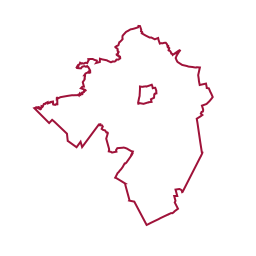 Alojas pag., Alojas, Latvia (orthographic projection), rotated 260°
{"feature_id": "27541924B87659249854231", "entity_name": "Alojas pag.", "entity_type": "district", "adm_level": 2, "iso_a3": "LVA", "parent_name": "Latvia", "parent_adm1": "Alojas", "projection": "orthographic", "projection_center": [24.883, 57.791], "detail": "fine", "context": "isolated", "style": "outline", "palette": "rose", "viewbox_px": 256, "rotation_deg": 260, "n_neighbors": 0, "source": "geoboundaries", "source_scale": "gbopen_adm2", "svg_char_len": 5684}
<svg xmlns="http://www.w3.org/2000/svg" viewBox="0 0 256 256"><g transform="rotate(260 128 128)"><path d="M143.8,216.8L145.5,216.4L147.9,215.8L149.0,215.4L153.0,214.5L153.7,212.5L154.5,212.6L158.2,212.5L157.9,206.1L161.7,206.0L164.3,206.2L167.9,206.3L172.5,208.2L175.1,209.3L175.9,206.3L175.7,205.6L175.9,204.9L176.2,203.8L176.8,202.3L178.0,198.2L178.8,196.8L180.7,192.3L182.9,189.9L184.4,188.3L185.0,188.0L186.7,187.5L188.3,187.2L188.6,187.1L191.0,188.6L194.1,191.4L195.2,192.6L195.6,192.3L195.3,191.3L193.4,187.2L193.2,187.5L192.6,185.3L192.4,185.0L192.2,184.7L193.4,184.3L193.5,184.0L193.7,183.6L194.1,183.5L194.3,183.6L194.7,183.4L195.4,183.3L196.3,182.9L196.8,182.5L197.2,181.6L197.5,181.4L199.1,182.4L199.5,182.5L199.9,182.2L200.2,181.5L200.6,181.4L200.7,181.2L201.0,181.1L201.1,181.4L201.7,181.9L201.9,181.9L202.0,181.7L203.1,180.9L203.8,180.9L205.4,180.0L205.6,178.4L205.4,176.6L205.8,175.4L205.6,174.0L208.7,173.5L209.1,173.4L211.4,173.3L210.7,169.8L213.1,166.6L213.3,165.1L213.4,164.9L216.0,161.4L218.3,158.7L218.8,158.1L219.5,158.7L220.1,158.6L220.9,157.6L222.4,158.1L226.3,157.5L226.7,156.0L225.4,155.4L224.9,151.8L224.7,149.6L224.7,147.7L224.2,146.2L223.7,145.2L223.7,144.9L223.0,142.8L220.4,139.4L219.6,138.6L217.6,138.1L217.0,138.1L216.8,138.2L216.6,138.2L216.2,137.8L216.0,137.6L214.1,134.9L214.1,134.5L213.2,133.9L212.0,133.3L211.4,133.1L210.8,132.0L210.8,131.5L210.7,130.9L210.5,130.6L210.2,130.2L210.0,129.6L209.7,129.6L209.2,130.1L208.4,130.7L208.2,131.2L208.0,131.4L207.1,131.5L206.0,131.1L205.8,131.1L205.4,131.4L204.9,131.9L204.5,132.0L204.0,131.2L203.0,131.1L202.9,131.1L202.6,129.9L202.5,129.6L201.9,129.6L200.9,130.6L200.7,131.5L200.4,131.6L199.9,131.4L199.7,131.6L199.7,132.1L199.6,132.5L199.4,132.5L198.6,132.5L197.9,132.4L197.7,131.7L197.1,130.7L197.0,130.1L197.4,128.9L197.4,128.6L197.3,128.4L196.3,127.6L195.9,126.8L195.8,126.5L195.8,125.7L196.1,125.0L196.1,124.7L196.2,124.3L196.1,124.0L195.8,123.5L195.7,122.6L197.7,119.6L198.3,119.0L200.1,114.4L201.1,112.4L197.9,111.7L197.6,108.0L198.3,108.7L199.8,109.0L200.3,108.1L200.9,106.8L202.1,105.2L202.7,101.4L202.7,100.9L201.9,101.1L201.6,101.1L200.8,100.3L199.8,99.7L199.0,99.1L199.6,97.8L199.4,96.4L199.1,95.9L199.3,95.0L199.8,94.1L199.5,93.5L200.6,92.2L199.0,91.3L198.8,89.9L197.8,89.1L197.7,88.8L197.4,88.6L197.0,88.3L196.9,89.4L195.8,88.6L195.4,90.0L194.9,92.0L196.3,93.6L196.5,95.8L195.6,97.2L195.6,97.7L196.1,98.5L194.7,99.4L194.7,99.5L191.2,100.7L189.2,100.4L189.1,99.5L190.8,99.6L189.6,97.9L189.1,95.7L187.4,94.0L187.2,94.8L185.9,94.5L184.6,93.8L184.2,94.0L183.5,93.8L181.0,91.4L176.4,91.8L176.5,90.1L175.3,88.5L173.0,92.4L172.6,92.6L172.4,92.8L172.2,92.6L172.1,92.3L172.4,91.6L172.3,91.3L172.1,91.1L171.1,90.9L170.8,89.8L171.0,89.4L170.9,89.0L170.8,88.8L170.1,88.5L169.7,88.5L169.3,88.9L169.2,88.8L169.2,88.4L169.4,87.6L169.7,87.4L170.5,86.7L169.9,86.4L169.7,86.3L169.0,86.5L168.9,86.5L169.6,85.0L169.5,84.9L169.1,84.9L168.9,84.9L169.0,84.8L169.8,79.4L170.0,78.7L170.1,74.2L170.1,73.1L170.1,70.5L170.1,70.1L170.1,66.8L169.4,64.6L169.7,64.4L170.1,63.7L170.2,63.4L170.0,63.1L169.5,63.0L169.4,63.4L168.6,63.0L168.6,63.3L163.9,62.6L164.2,61.8L164.0,61.6L163.9,61.6L164.0,61.4L163.6,60.9L163.4,60.4L163.5,60.1L163.7,59.8L163.8,59.1L164.4,58.6L164.4,58.4L165.2,58.4L165.9,58.6L166.4,58.6L167.1,58.7L167.1,56.4L166.7,56.5L166.1,53.2L167.4,53.4L166.8,51.2L166.4,50.6L166.2,50.5L166.3,50.3L166.2,50.1L166.2,49.7L166.3,49.5L166.3,49.3L166.2,49.2L165.2,48.6L164.1,47.8L164.1,47.7L164.6,46.7L164.1,46.6L163.9,46.8L163.8,47.1L163.6,47.4L163.3,47.1L163.4,46.4L163.4,46.0L163.3,45.8L163.1,45.7L162.6,45.4L162.3,45.0L162.2,45.0L161.9,45.5L161.7,45.4L161.6,45.1L161.6,44.9L161.7,44.7L162.1,44.4L162.5,43.7L162.8,43.4L163.1,43.5L163.4,44.0L163.5,44.1L163.8,44.1L164.1,43.7L164.2,43.3L163.8,42.8L163.8,42.5L163.6,42.1L164.1,42.0L164.3,41.7L164.3,40.8L164.1,40.5L163.9,40.0L163.8,39.2L146.6,51.2L149.2,54.7L147.2,56.4L145.6,57.6L136.8,64.1L133.0,66.9L125.7,66.4L125.2,67.0L118.0,74.0L122.7,78.9L117.2,79.5L131.4,94.5L136.6,100.0L136.5,101.1L135.6,100.6L135.1,102.9L133.7,103.4L132.4,102.3L131.7,101.9L130.4,103.2L129.6,105.0L127.3,106.0L127.2,107.0L126.5,107.3L121.3,104.7L110.9,105.7L110.2,105.7L108.3,105.0L107.6,106.7L107.6,106.9L106.6,108.0L106.7,112.5L108.3,112.4L110.0,114.0L109.5,119.3L109.5,120.3L109.0,121.5L107.9,123.4L106.3,125.2L104.6,127.3L104.0,128.7L101.6,127.0L101.6,127.6L100.8,127.0L94.4,120.6L93.8,119.8L93.4,118.8L93.6,118.5L90.4,115.9L88.5,113.9L87.5,112.5L86.3,111.3L85.4,109.9L81.5,107.0L81.4,106.9L81.3,107.0L81.2,106.9L80.6,107.9L73.9,115.5L73.9,115.4L71.1,115.6L56.9,116.9L56.6,116.9L56.3,116.6L56.2,116.8L54.4,121.4L29.3,129.5L29.7,131.1L30.5,133.6L32.0,138.9L32.9,142.2L33.6,144.2L36.0,152.9L35.9,152.9L36.5,154.9L36.7,155.6L36.4,157.0L37.3,158.7L37.8,159.2L39.8,163.2L46.6,161.1L47.5,161.8L48.2,162.1L53.0,161.7L52.5,164.7L59.1,164.1L59.0,168.0L58.2,169.2L57.3,170.0L55.4,170.2L55.5,170.6L86.8,194.2L87.1,194.5L90.2,196.7L90.4,196.7L91.0,197.0L91.3,196.5L101.4,196.7L121.3,197.3L125.2,197.3L126.9,201.5L127.9,203.5L129.5,202.2L131.1,203.3L131.1,204.4L131.7,204.9L133.2,205.2L137.2,204.7L138.0,209.5L140.3,212.9L142.6,215.6L143.8,216.8ZM157.5,145.0L159.4,145.4L159.7,145.5L164.5,146.6L166.8,147.0L166.5,147.9L166.4,148.1L166.1,149.1L166.0,149.9L166.0,150.2L166.1,150.4L165.9,153.0L165.6,153.3L166.2,157.3L166.5,158.9L165.2,159.2L162.9,159.3L163.0,160.5L162.9,161.8L160.2,162.3L159.8,162.3L159.7,162.2L159.0,162.2L157.2,162.0L157.3,160.9L157.2,160.6L156.9,160.7L156.5,159.7L153.3,158.9L152.3,155.6L149.6,155.7L149.8,152.8L149.6,152.6L149.7,152.2L149.1,147.5L150.6,143.4L150.2,143.2L150.1,142.4L151.0,142.3L155.6,144.1L157.5,145.0Z" fill="none" stroke="#9f1239" stroke-width="2"/></g></svg>